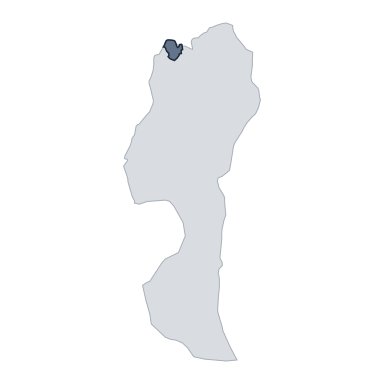 where Vilakas sits in Latvia, rotated 270°
{"feature_id": "LVA-5742", "entity_name": "Vilakas", "entity_type": "Municipality", "adm_level": 1, "iso_a3": "LVA", "parent_name": "Latvia", "parent_adm1": "", "projection": "equal_earth", "projection_center": [27.651, 57.187], "detail": "fine", "context": "in_parent", "style": "filled", "palette": "slate", "viewbox_px": 384, "rotation_deg": 270, "n_neighbors": 0, "source": "natural_earth", "source_scale": "10m", "svg_char_len": 2397}
<svg xmlns="http://www.w3.org/2000/svg" viewBox="0 0 384 384"><g transform="rotate(270 192 192)"><path d="M285.1,260.4L282.7,260.1L276.0,258.3L270.3,255.6L267.0,252.0L261.2,247.0L257.4,244.5L251.4,241.4L241.5,235.0L237.8,233.5L220.1,230.7L213.6,229.5L207.8,222.3L206.0,218.1L203.1,217.3L199.9,218.2L196.4,219.0L188.3,223.9L185.7,224.6L180.7,224.7L169.1,225.8L163.8,224.0L154.7,222.0L149.7,221.7L145.3,221.8L125.8,219.9L122.1,222.0L118.5,222.3L115.1,219.1L110.8,218.2L106.0,219.3L97.2,219.4L86.9,218.4L73.7,217.6L71.7,217.9L56.9,222.2L53.2,222.9L36.9,230.2L24.0,237.0L23.0,226.1L24.9,204.4L27.3,193.7L36.3,187.5L40.9,182.6L43.8,176.2L44.8,170.2L46.8,165.3L60.0,151.3L70.0,149.8L83.6,145.9L98.7,142.6L101.5,146.7L102.8,149.9L120.5,161.4L124.9,165.2L131.5,178.5L148.1,185.3L161.4,183.1L167.2,179.9L178.0,173.8L182.8,169.4L183.9,165.2L182.5,147.1L179.8,139.3L180.9,134.4L182.8,134.7L187.3,132.3L202.1,128.0L205.0,127.8L208.4,126.9L217.7,123.6L220.6,125.4L223.0,127.4L224.4,127.4L225.1,126.6L224.9,125.4L225.6,124.5L228.2,125.0L238.8,130.4L242.9,131.6L245.7,132.0L249.0,134.5L258.2,136.2L259.3,137.6L259.9,139.2L268.4,146.1L272.2,149.6L279.8,152.8L283.1,153.5L296.5,150.3L300.2,149.1L303.3,149.1L306.4,150.8L313.5,153.1L320.0,153.8L321.2,153.7L326.6,153.9L328.6,154.8L329.8,159.2L336.1,162.7L341.8,165.6L343.3,167.0L343.8,169.5L343.4,172.6L342.7,174.1L340.3,175.9L338.1,180.5L337.9,184.9L334.5,192.4L335.3,192.6L342.3,191.2L344.3,192.0L345.8,193.6L346.3,198.4L348.6,200.5L351.0,203.9L351.8,206.5L356.3,209.6L356.6,211.6L359.4,218.7L360.5,222.8L361.0,226.0L359.6,230.1L358.4,232.8L357.0,232.6L353.0,233.4L346.6,236.7L337.1,244.5L334.6,246.2L332.1,252.1L331.5,252.7L326.0,252.5L324.5,252.3L318.9,252.4L306.8,250.9L302.1,251.9L295.9,257.9L293.5,258.8L286.3,259.7L285.1,260.4Z" fill="#d9dde1" stroke="#a8b0b8" stroke-width="1"/><path d="M337.1,163.4L337.7,163.9L342.4,165.8L343.3,166.3L343.9,167.1L344.1,168.4L343.9,171.6L343.6,173.4L343.1,174.6L341.7,175.5L337.4,176.9L336.5,177.7L337.2,178.8L338.4,179.2L339.5,179.8L339.7,181.2L339.5,181.8L336.9,182.3L334.4,182.6L334.1,181.4L332.2,181.1L330.5,181.4L330.0,179.2L328.7,179.1L325.9,177.1L323.5,174.5L324.6,171.6L325.5,169.8L327.4,168.1L328.1,168.6L328.9,168.9L329.3,168.9L330.6,168.9L331.3,167.9L332.1,167.6L332.7,166.7L335.1,165.8L335.6,165.5L336.0,165.4L336.5,165.1L336.8,164.7L337.1,163.4Z" fill="#64748b" stroke="#1e293b" stroke-width="1.5"/></g></svg>